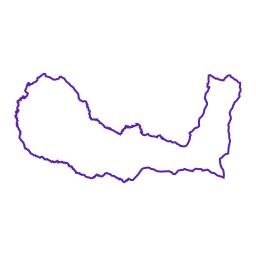 Carepa, Antioquia, Colombia
{"feature_id": "7082276B33450375559430", "entity_name": "Carepa", "entity_type": "district", "adm_level": 2, "iso_a3": "COL", "parent_name": "Colombia", "parent_adm1": "Antioquia", "projection": "mercator", "projection_center": [-76.684, 7.798], "detail": "fine", "context": "isolated", "style": "outline", "palette": "violet", "viewbox_px": 256, "rotation_deg": 0, "n_neighbors": 0, "source": "geoboundaries", "source_scale": "gbopen_adm2", "svg_char_len": 5796}
<svg xmlns="http://www.w3.org/2000/svg" viewBox="0 0 256 256"><path d="M223.6,177.6L223.9,175.6L223.5,171.0L222.6,169.0L221.6,167.8L220.6,165.2L219.8,160.0L220.0,158.7L222.3,157.3L223.0,156.2L225.5,154.2L228.2,153.5L228.6,147.7L230.1,140.9L229.2,137.9L229.2,133.7L228.4,131.5L228.8,126.2L228.2,124.9L230.9,118.8L230.8,117.4L229.6,113.3L230.5,110.6L232.3,108.2L233.5,104.6L234.1,104.0L234.4,102.5L236.4,100.8L239.3,97.0L239.7,96.1L239.2,95.3L239.3,93.3L240.6,90.6L240.5,88.7L239.7,87.3L240.2,84.8L240.1,82.8L238.4,82.4L236.2,80.0L235.1,79.8L232.4,77.6L230.8,76.9L230.3,75.3L228.9,75.3L227.5,75.8L226.8,76.9L225.9,77.3L224.6,78.6L223.7,80.3L223.4,80.4L220.7,80.0L218.6,79.3L217.5,78.5L216.0,78.8L210.2,75.1L209.4,75.1L208.7,75.5L208.5,78.9L208.7,82.1L208.2,83.5L207.4,84.0L207.7,84.8L207.3,86.4L207.6,86.9L209.3,87.1L209.4,87.6L208.5,88.8L208.1,90.7L205.7,93.5L204.8,98.5L205.7,99.5L205.7,100.4L206.9,102.5L207.1,103.8L206.9,105.0L204.9,108.6L204.2,110.2L204.0,112.3L202.3,115.8L199.4,118.6L198.9,122.1L199.2,125.3L198.9,126.4L197.3,127.6L195.2,128.0L191.8,131.6L189.9,132.4L189.5,133.3L190.4,134.4L190.6,135.3L189.8,136.8L189.9,138.8L189.3,139.9L189.0,141.3L187.0,145.0L185.7,146.0L184.3,146.4L182.8,146.4L181.8,146.0L180.4,146.0L179.8,145.2L179.0,144.6L177.7,144.3L175.3,142.3L172.4,142.5L170.7,141.1L170.0,141.0L169.1,141.4L167.8,141.2L164.3,139.5L163.8,138.8L162.7,139.0L162.4,138.6L162.7,138.7L162.6,138.4L162.2,138.4L162.3,137.9L161.8,138.0L161.4,137.7L161.5,137.3L161.0,137.2L160.3,135.4L160.0,135.3L158.0,135.8L157.1,137.3L154.8,136.4L152.4,136.4L150.5,135.9L149.5,135.5L148.4,134.5L148.1,133.9L144.9,135.2L143.2,134.9L140.8,132.4L141.0,132.0L142.1,132.2L142.2,131.9L141.2,131.1L141.5,129.6L140.5,129.1L140.4,128.3L139.6,127.5L140.3,126.5L140.0,125.6L137.5,123.8L137.0,123.9L137.9,124.5L137.7,124.9L134.3,126.0L132.5,125.8L132.8,126.5L132.5,127.0L130.5,127.0L129.9,127.6L129.6,127.7L128.3,126.5L127.8,127.3L127.2,127.3L126.9,126.6L126.4,127.1L126.4,126.1L126.0,126.0L126.0,126.6L125.4,126.8L125.3,127.7L123.8,129.0L123.3,130.1L122.7,130.0L122.8,130.8L122.2,130.9L121.7,131.6L121.7,133.1L120.6,133.6L120.7,133.9L120.3,134.4L118.8,133.6L118.1,133.6L117.9,133.4L118.2,133.2L117.3,132.6L115.4,131.8L113.7,130.6L111.7,129.8L111.2,129.3L110.6,129.3L110.5,128.5L109.8,128.3L109.9,128.8L109.3,128.9L108.8,128.0L108.3,128.2L107.8,127.7L107.3,128.2L106.5,128.0L105.9,127.4L104.8,127.3L103.8,125.6L101.3,123.3L99.7,122.9L99.6,122.2L98.7,120.9L97.5,120.5L97.3,119.6L96.6,119.7L96.6,119.4L96.1,119.4L95.5,119.9L94.8,119.4L91.5,119.5L91.0,118.9L91.0,118.0L89.8,117.3L90.0,115.1L89.0,113.7L89.6,113.0L89.9,111.2L88.6,110.3L88.5,108.4L88.0,107.5L87.4,107.4L87.2,106.8L87.5,106.4L87.1,105.9L87.5,105.0L86.8,104.5L86.9,103.6L86.3,102.6L86.1,101.6L84.5,101.1L83.5,101.6L82.8,101.5L79.9,100.0L78.5,97.7L78.7,96.2L77.9,93.3L77.2,92.9L75.7,90.8L74.6,89.7L73.2,87.4L70.4,85.4L69.5,84.1L66.2,81.4L64.3,78.5L62.6,77.9L61.2,76.7L60.2,77.0L59.7,76.9L59.3,78.1L58.1,78.9L55.2,79.6L53.5,79.6L49.4,77.1L45.8,76.2L45.5,75.7L45.5,74.5L45.0,73.9L44.2,73.8L43.4,74.0L40.0,76.6L39.3,77.5L37.9,77.5L37.5,77.8L37.4,80.0L35.6,82.0L33.3,82.7L32.3,83.9L30.7,84.2L29.4,85.4L28.9,85.2L29.2,83.3L28.8,83.0L28.0,83.3L26.8,85.9L26.5,87.7L25.2,90.3L25.3,91.3L27.9,93.5L26.9,95.9L25.7,96.8L25.0,98.0L24.1,98.3L23.8,98.2L23.9,96.6L23.4,96.3L22.8,96.4L22.1,98.1L20.8,98.1L20.3,98.5L20.8,99.7L20.6,100.3L19.0,100.2L18.3,100.9L17.8,100.9L17.7,101.1L17.5,102.3L18.5,102.9L18.2,103.5L18.7,105.1L18.5,105.8L17.7,106.3L17.2,108.6L18.1,109.6L18.5,110.5L18.2,110.7L17.1,110.6L15.9,111.9L16.0,112.4L17.2,112.5L16.5,113.2L16.5,115.0L15.4,115.7L15.8,116.8L16.2,117.0L15.9,117.4L16.4,117.6L16.3,118.0L16.7,118.6L17.2,118.7L16.9,120.0L17.6,120.7L16.6,123.4L16.7,123.6L17.1,123.4L17.5,124.1L16.7,125.2L17.0,126.0L17.6,126.1L17.6,127.0L18.4,127.9L19.2,129.9L20.5,131.7L20.4,132.0L20.0,132.2L20.6,133.7L19.8,135.2L19.4,137.9L20.6,139.1L21.2,140.6L22.6,141.5L22.8,142.2L23.5,142.8L23.6,143.7L24.4,144.8L24.3,146.6L25.0,147.3L25.3,148.6L26.1,148.6L28.0,150.0L28.8,150.2L29.1,151.2L29.9,151.7L29.9,152.4L30.4,153.2L31.8,153.7L32.2,154.3L33.6,154.9L33.9,155.3L35.3,155.3L36.2,156.3L37.3,156.3L40.0,157.8L40.9,156.9L42.4,156.9L43.6,158.3L44.2,158.4L44.6,159.2L45.7,159.6L46.9,159.0L47.4,159.6L48.6,159.8L48.9,160.3L50.6,161.0L51.3,161.9L52.5,161.3L53.3,162.1L53.6,161.7L54.9,162.2L55.6,162.1L56.2,161.4L56.8,161.2L57.4,161.3L57.7,161.8L57.8,161.2L58.6,161.9L60.8,162.3L61.9,161.7L63.2,162.8L63.7,162.5L64.8,162.6L65.3,163.2L66.4,162.8L67.1,162.9L69.0,165.0L68.8,165.5L69.3,165.5L69.5,166.3L71.4,166.3L71.8,166.6L71.8,167.3L72.2,167.3L72.6,167.8L72.8,168.9L74.2,169.4L74.6,170.7L75.8,171.4L76.0,172.8L78.2,173.2L78.9,173.0L79.2,173.5L80.2,173.6L80.4,174.2L82.0,174.9L83.6,174.7L84.4,175.0L85.6,176.5L86.8,177.1L89.0,177.5L91.4,178.3L92.2,178.2L92.6,177.8L94.1,177.4L94.0,176.8L95.3,176.4L95.5,175.5L96.8,174.6L97.5,174.7L97.7,175.4L98.7,175.9L99.3,175.4L100.7,176.3L102.5,176.3L103.7,174.9L104.4,174.7L105.2,173.4L105.6,173.5L106.5,173.0L110.7,174.5L111.4,175.6L114.5,176.1L115.8,177.5L116.4,177.3L117.6,178.3L118.3,178.3L119.1,179.4L119.4,179.4L119.8,178.7L120.4,178.7L121.2,179.7L122.3,180.0L122.7,181.1L124.1,182.2L125.1,181.7L126.3,180.2L127.1,180.6L127.7,180.2L128.4,178.7L131.3,180.1L133.0,180.0L138.8,173.7L139.7,172.0L142.1,169.0L143.5,168.3L147.9,167.5L149.6,167.9L151.0,168.9L153.8,169.4L157.2,171.2L160.6,171.6L168.8,171.2L172.0,172.4L172.5,173.5L173.1,173.8L174.9,174.2L176.7,172.5L177.9,170.8L179.5,170.2L183.2,169.8L184.4,169.0L185.1,169.0L186.0,169.7L187.6,169.9L189.3,170.6L191.4,170.7L192.2,171.3L192.8,171.1L193.5,170.0L196.0,168.7L198.9,169.1L201.4,169.1L202.4,170.6L202.9,170.6L203.8,170.1L205.4,170.3L207.6,169.6L211.7,172.9L213.6,172.9L214.4,173.2L217.4,175.5L222.0,176.8L223.6,177.6Z" fill="none" stroke="#5b21b6" stroke-width="2"/></svg>